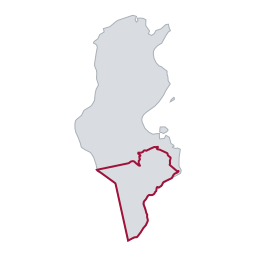 Tataouine on a map of Tunisia (Mercator projection)
{"feature_id": "TUN-98", "entity_name": "Tataouine", "entity_type": "Governorate", "adm_level": 1, "iso_a3": "TUN", "parent_name": "Tunisia", "parent_adm1": "", "projection": "mercator", "projection_center": [10.291, 31.745], "detail": "medium", "context": "in_parent", "style": "outline", "palette": "rose", "viewbox_px": 256, "rotation_deg": 0, "n_neighbors": 0, "source": "natural_earth", "source_scale": "10m", "svg_char_len": 4031}
<svg xmlns="http://www.w3.org/2000/svg" viewBox="0 0 256 256"><path d="M180.3,149.3L180.2,150.2L179.3,156.1L179.1,158.3L179.0,161.9L179.0,166.2L181.1,169.9L181.1,171.5L180.3,173.4L176.4,175.5L171.5,178.3L167.2,180.9L162.5,183.7L161.0,185.6L158.7,187.0L156.7,188.4L156.4,189.8L155.0,192.4L153.2,194.4L148.8,195.4L148.0,196.0L145.9,199.1L144.9,200.3L143.8,202.8L145.3,209.4L147.1,216.1L147.5,218.9L147.5,221.2L146.4,223.7L144.0,227.3L142.3,229.9L139.0,234.7L138.0,235.8L135.7,237.2L131.2,239.0L128.1,240.6L126.5,233.4L125.1,227.3L124.0,222.2L122.0,213.2L120.3,205.6L118.7,198.0L117.1,191.0L115.6,184.0L114.9,183.0L110.3,179.7L106.1,176.6L101.7,173.1L96.9,169.3L96.1,164.6L93.7,157.4L91.1,153.3L90.1,152.3L84.9,149.7L81.9,147.7L81.1,146.6L80.5,143.7L78.3,137.8L75.9,132.5L75.0,128.8L74.9,124.3L75.4,121.0L76.4,119.6L81.5,115.4L83.9,110.5L86.8,108.6L89.3,107.2L91.4,105.6L93.2,102.9L94.6,100.1L94.8,97.1L95.4,92.3L96.3,88.9L98.5,85.1L97.6,82.0L96.5,78.6L96.8,72.9L96.5,70.5L95.6,68.4L94.6,65.7L94.6,63.5L95.5,57.6L96.2,53.2L97.3,47.3L96.9,45.7L96.1,44.5L93.6,43.2L93.6,42.4L94.2,41.5L97.9,38.7L99.8,34.5L101.5,33.6L104.0,32.1L103.9,30.4L103.3,28.7L109.8,26.7L116.0,21.5L118.2,20.2L132.5,15.4L134.4,15.7L136.5,16.4L135.9,18.2L135.1,19.6L136.3,22.1L138.0,20.6L137.6,19.6L137.5,18.2L140.4,18.1L143.0,18.3L145.9,19.8L145.7,25.5L149.5,31.0L148.4,33.8L151.6,35.4L154.4,33.5L155.8,30.6L160.9,28.9L165.8,24.6L168.4,24.2L169.1,27.7L170.4,30.7L168.5,31.8L166.2,35.0L161.7,43.2L157.6,45.6L154.6,48.8L153.6,51.0L153.3,53.6L154.0,58.3L156.3,63.0L158.9,65.8L161.3,66.7L167.1,71.2L167.0,73.8L167.9,77.0L168.2,80.8L170.2,83.9L165.9,90.5L163.5,95.3L158.9,101.9L154.8,106.2L146.0,112.5L143.8,114.6L142.4,116.8L141.8,119.1L142.0,121.7L144.9,128.3L148.8,132.1L152.7,134.2L159.5,133.4L159.3,135.9L159.7,138.9L162.5,138.7L164.4,138.3L165.9,135.3L169.3,137.3L171.0,143.5L173.8,145.4L174.1,146.1L173.1,146.5L172.4,147.2L173.2,147.7L175.9,148.5L177.6,148.0L180.3,149.3ZM165.9,132.3L165.2,132.5L164.0,133.3L163.3,133.4L161.4,132.5L160.6,132.5L159.7,131.8L160.0,128.1L160.3,127.0L165.0,126.9L167.5,129.1L167.9,129.7L168.0,130.3L166.8,131.6L165.9,132.3ZM174.3,99.5L170.3,101.8L171.1,99.8L173.7,97.4L174.4,98.0L174.3,99.5Z" fill="#d9dde1" stroke="#a8b0b8" stroke-width="1"/><path d="M171.8,178.1L163.7,182.0L163.0,182.8L161.9,185.2L161.1,186.1L160.1,186.7L159.2,187.4L158.7,187.6L158.2,187.4L157.8,187.1L157.3,187.0L156.7,187.7L156.4,190.2L156.1,191.2L155.0,192.2L154.6,193.3L154.2,193.8L153.4,194.5L152.0,195.1L149.0,195.0L147.7,196.1L145.9,199.3L144.2,201.2L143.8,201.9L143.5,203.9L143.6,204.4L145.5,209.7L146.3,212.9L147.2,214.7L147.2,215.3L147.1,216.4L147.2,217.5L147.8,219.7L147.8,220.7L147.4,221.9L145.8,225.3L143.4,228.0L140.6,232.5L137.3,236.8L136.7,237.2L134.8,237.3L134.0,237.5L128.1,240.6L115.6,184.0L115.3,183.4L115.0,183.0L100.8,172.7L97.6,170.7L96.9,169.9L97.4,169.7L128.2,163.3L129.2,162.9L130.2,162.0L130.8,161.6L132.1,161.2L133.3,161.2L134.2,161.5L134.7,161.9L135.6,162.9L138.4,165.2L139.3,165.7L139.7,165.7L139.9,165.6L139.8,165.3L138.7,163.2L138.7,161.7L138.8,161.0L138.8,160.9L139.5,160.0L139.9,159.4L139.9,159.0L139.5,158.5L139.5,158.2L139.4,157.2L139.3,156.5L139.5,156.2L140.3,155.9L140.4,155.7L140.3,155.4L139.7,154.7L138.6,153.9L138.3,153.7L138.2,153.2L138.4,152.7L140.6,152.7L141.9,152.4L142.9,151.9L143.6,150.9L144.1,150.5L144.5,150.4L145.0,150.4L146.3,150.7L146.8,150.6L147.1,150.3L147.4,150.1L149.2,149.4L149.5,149.1L154.3,147.0L155.5,147.1L157.5,146.9L157.8,146.9L157.9,147.1L157.8,147.3L157.6,147.7L157.5,148.0L157.4,148.1L156.9,148.3L156.8,148.5L156.9,148.8L157.3,149.1L158.0,149.4L159.2,149.6L159.8,149.7L167.1,153.1L167.3,153.3L167.5,153.6L167.8,155.1L168.1,155.5L169.4,156.7L170.4,157.4L170.5,157.8L170.6,158.1L170.5,158.7L170.0,160.3L169.9,160.6L170.0,163.3L170.0,163.7L169.7,164.6L169.8,165.0L176.8,170.9L177.2,171.1L177.4,171.1L178.1,171.0L178.4,171.0L178.5,171.1L178.5,171.3L178.3,171.7L178.0,171.9L177.1,172.6L175.4,173.3L174.4,173.9L174.0,174.4L173.5,174.9L171.8,178.1Z" fill="none" stroke="#9f1239" stroke-width="2"/></svg>